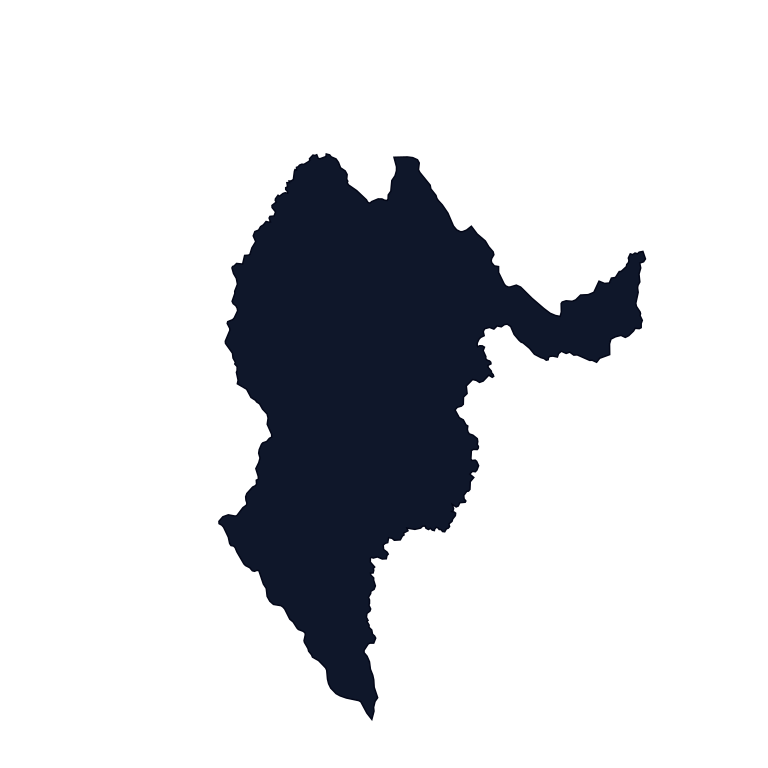 Grão Mogol, Minas Gerais, Brazil (Natural Earth projection), rotated 310°
{"feature_id": "56859067B79659149842154", "entity_name": "Grão Mogol", "entity_type": "district", "adm_level": 2, "iso_a3": "BRA", "parent_name": "Brazil", "parent_adm1": "Minas Gerais", "projection": "natural_earth1", "projection_center": [-42.964, -16.475], "detail": "fine", "context": "isolated", "style": "filled", "palette": "ink", "viewbox_px": 768, "rotation_deg": 310, "n_neighbors": 0, "source": "geoboundaries", "source_scale": "gbopen_adm2", "svg_char_len": 6159}
<svg xmlns="http://www.w3.org/2000/svg" viewBox="0 0 768 768"><g transform="rotate(310 384 384)"><path d="M644.5,504.3L647.9,503.9L652.0,497.1L649.0,494.7L646.7,494.5L645.7,492.1L643.0,491.4L642.0,489.0L637.5,490.2L636.3,492.0L634.3,493.2L631.6,493.1L629.7,494.2L622.8,493.3L621.3,491.9L614.4,492.8L611.3,490.1L606.2,491.7L602.8,488.3L601.0,482.6L589.1,485.8L583.7,483.0L578.5,477.4L571.7,476.8L568.3,475.0L564.8,470.0L561.3,467.8L559.5,468.0L553.2,473.5L549.0,475.5L546.7,471.3L545.0,465.8L544.6,458.0L544.8,442.1L546.1,426.4L544.8,421.8L539.4,418.3L538.2,417.0L537.4,414.1L537.9,411.7L543.1,400.1L547.6,396.3L545.4,392.6L546.2,388.4L547.6,386.7L549.4,385.8L553.6,385.1L555.4,382.7L556.5,376.0L558.7,369.7L558.8,359.0L561.0,349.5L555.0,348.3L551.3,346.3L549.8,344.7L548.8,340.6L549.2,338.2L549.7,335.6L556.0,323.1L558.7,313.5L559.5,307.5L560.2,305.1L561.9,302.6L563.6,294.4L566.0,291.6L569.1,275.5L570.3,272.7L576.0,268.9L577.3,265.5L575.9,260.5L573.0,256.0L564.1,245.9L558.4,254.0L555.3,256.5L550.6,258.6L544.9,259.2L536.1,265.3L531.6,265.7L528.3,268.2L526.7,268.5L525.2,266.5L524.5,263.6L522.0,260.5L515.8,257.3L513.4,257.0L512.8,254.6L513.8,252.2L514.6,238.8L513.7,228.8L514.5,226.5L516.1,225.9L516.9,223.8L520.8,221.1L522.3,217.3L521.7,211.7L524.5,206.7L525.6,202.6L524.1,197.6L524.6,195.1L523.1,191.9L520.9,193.3L515.3,190.1L514.6,188.5L516.4,185.1L514.7,184.2L513.7,182.4L508.7,182.1L507.7,183.4L506.1,183.3L500.8,181.5L499.5,179.7L497.4,178.6L495.1,178.6L493.7,177.7L491.7,179.5L491.0,178.0L489.4,178.6L482.4,183.1L479.9,182.4L478.4,180.7L477.6,182.1L475.8,180.2L473.1,183.3L471.2,182.5L469.8,183.7L469.4,186.6L468.2,187.6L467.0,185.4L465.1,184.2L460.6,183.2L460.5,181.5L456.1,181.8L454.7,182.7L454.1,184.5L448.8,183.4L447.2,184.9L446.1,190.3L442.0,191.8L439.1,188.9L437.3,189.3L435.2,192.8L433.8,191.5L432.7,189.2L428.5,189.3L425.2,188.3L421.3,189.0L417.8,187.1L413.4,188.6L410.6,194.2L403.3,195.3L397.3,197.9L395.6,197.4L392.9,194.6L385.0,198.6L381.6,193.6L378.1,193.3L376.7,192.5L375.2,192.9L371.9,197.7L370.0,203.0L366.2,207.6L359.1,210.0L357.5,211.5L349.7,214.5L348.6,216.8L348.7,220.2L347.7,222.8L346.0,224.8L338.4,226.8L336.0,226.7L331.3,224.2L329.6,225.0L327.5,230.0L326.1,231.4L314.8,234.9L313.2,236.5L310.2,248.1L306.8,251.7L305.1,256.2L303.4,256.8L302.9,260.3L299.9,262.8L298.1,263.4L293.1,269.8L289.9,271.5L291.7,282.1L288.2,290.8L288.9,296.0L288.4,297.9L288.8,301.5L286.7,307.1L285.9,313.7L283.4,317.1L278.1,320.4L273.3,330.2L271.2,332.1L268.7,331.1L264.5,331.1L261.1,329.0L259.2,328.9L253.5,330.6L250.4,332.5L247.6,336.6L243.3,338.6L236.8,340.2L232.5,346.9L230.5,348.9L228.2,348.0L225.3,350.8L223.3,350.8L220.6,349.6L212.0,349.3L208.7,350.5L206.3,352.9L204.7,355.5L202.8,356.5L198.6,355.4L188.7,355.9L187.2,355.0L183.7,348.8L178.7,345.9L172.7,345.8L171.0,347.4L171.6,350.4L171.2,353.1L166.6,363.2L162.6,368.3L161.9,370.6L163.2,372.9L163.0,375.1L160.8,379.3L156.1,392.4L155.9,394.6L157.0,399.3L156.3,403.2L157.3,405.2L159.5,406.4L160.6,408.1L153.2,420.2L151.7,425.2L146.2,431.0L144.2,436.2L144.1,441.0L148.0,447.6L148.2,450.0L147.8,452.6L143.3,463.0L143.3,467.4L141.1,474.3L140.9,476.2L142.6,481.1L142.6,483.4L141.3,484.9L136.0,487.7L134.9,489.2L132.5,495.8L130.9,498.0L130.0,502.5L128.8,504.8L130.1,511.6L129.0,521.8L127.9,524.1L121.6,530.4L118.8,534.2L116.8,538.7L116.0,546.3L116.9,550.8L119.2,556.9L125.2,568.1L125.7,570.4L120.9,582.4L119.2,590.3L127.0,586.6L129.6,583.9L135.0,581.2L139.6,580.8L145.4,571.4L150.8,566.3L153.7,562.6L156.8,556.9L161.9,551.4L164.6,546.0L165.4,541.4L167.2,539.9L174.7,539.0L176.5,539.8L178.9,542.7L184.0,541.0L184.9,538.8L185.0,536.0L187.7,532.7L188.0,528.9L189.8,527.5L191.2,523.4L192.6,523.8L194.0,520.5L197.3,518.4L201.0,519.2L203.1,518.4L204.9,514.5L206.5,514.0L209.3,511.7L210.6,509.2L214.9,508.5L216.8,507.2L220.3,508.4L223.8,507.2L227.1,502.1L228.8,500.8L229.2,496.6L230.5,495.2L232.2,497.1L234.6,496.0L236.1,494.3L237.8,494.5L238.8,488.0L241.7,485.6L243.3,485.9L243.7,487.6L247.3,490.1L248.8,495.1L251.6,498.1L254.5,496.5L256.4,496.6L257.2,494.5L257.0,490.1L260.1,486.9L262.8,487.4L264.9,488.8L269.3,486.3L271.0,489.4L270.9,492.3L275.1,496.7L279.4,495.8L281.2,496.4L282.5,494.8L287.0,496.7L288.3,494.1L292.5,501.1L297.2,504.7L300.0,505.0L301.6,506.9L300.5,508.8L301.1,511.6L303.3,512.3L303.1,514.9L304.1,516.8L305.4,516.1L307.8,516.1L308.5,518.1L308.0,519.7L309.2,521.6L308.6,523.6L309.8,525.5L313.2,524.9L314.8,525.9L316.9,525.9L318.6,523.7L322.5,524.4L324.8,523.4L329.0,523.3L331.1,521.9L331.0,519.9L329.9,517.9L331.8,518.2L333.4,517.3L335.6,513.6L336.2,518.3L338.2,519.3L341.8,518.4L345.6,522.2L347.0,521.9L347.5,519.2L349.9,516.7L354.9,516.4L356.3,517.6L358.5,517.6L364.6,512.9L370.1,512.9L370.1,507.6L373.9,507.9L375.5,510.4L377.8,510.5L382.2,509.0L384.3,504.7L384.3,502.8L381.9,500.5L382.5,498.7L389.2,493.7L391.3,494.5L393.8,497.6L395.6,497.4L396.9,496.4L397.6,494.3L400.2,492.8L402.1,490.6L402.0,485.0L400.6,481.4L401.4,478.9L402.9,477.0L405.7,475.2L405.4,473.0L407.5,467.8L406.6,463.3L409.8,455.1L413.3,455.1L416.8,457.5L419.4,457.8L425.1,453.3L430.1,453.8L435.4,448.3L444.4,449.0L446.1,452.4L446.6,456.1L450.0,458.1L458.1,458.6L458.7,462.6L460.4,463.1L461.4,461.5L461.6,459.5L462.9,457.8L463.7,453.1L465.1,451.7L468.2,453.0L469.3,451.8L469.5,450.0L468.6,447.9L468.8,445.6L470.5,444.4L473.3,438.5L476.8,437.3L476.4,434.7L474.8,432.7L472.8,431.9L473.7,430.3L475.6,429.0L479.3,428.0L481.8,428.1L485.4,429.7L487.8,426.5L489.4,425.9L491.2,425.7L495.2,428.5L496.7,432.9L501.2,433.3L503.2,437.1L507.0,438.1L509.1,440.0L509.5,444.1L505.6,451.8L504.3,459.3L504.2,462.1L504.9,464.0L504.9,472.6L503.5,480.1L505.1,487.3L506.4,490.3L506.5,493.0L508.1,494.2L509.8,493.1L511.5,493.1L513.9,495.4L516.1,499.5L519.5,498.2L523.1,498.8L524.5,503.9L527.8,505.8L528.1,510.8L530.5,513.3L534.3,526.4L536.0,528.2L537.3,532.9L542.4,532.7L551.6,538.0L559.7,531.0L564.3,529.0L569.0,531.0L573.6,534.3L574.8,538.9L578.3,540.4L585.0,541.1L588.1,540.6L590.5,544.0L592.5,544.8L595.7,542.1L598.8,541.0L601.0,536.2L602.8,535.3L603.8,533.9L605.7,527.5L607.7,525.0L617.6,519.8L620.6,516.5L622.7,515.2L626.6,514.4L632.1,508.7L637.9,506.1L641.0,502.2L644.5,504.3Z" fill="#0f172a" stroke="#020617" stroke-width="1.5"/></g></svg>